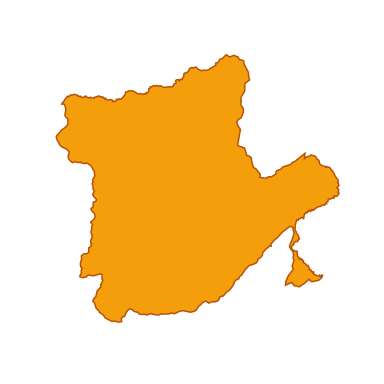 the district of Pensilvania, Caldas, Colombia, rotated 191°
{"feature_id": "7082276B91355004650478", "entity_name": "Pensilvania", "entity_type": "district", "adm_level": 2, "iso_a3": "COL", "parent_name": "Colombia", "parent_adm1": "Caldas", "projection": "albers", "projection_center": [-75.149, 5.404], "detail": "fine", "context": "isolated", "style": "filled", "palette": "amber", "viewbox_px": 384, "rotation_deg": 191, "n_neighbors": 0, "source": "geoboundaries", "source_scale": "gbopen_adm2", "svg_char_len": 5935}
<svg xmlns="http://www.w3.org/2000/svg" viewBox="0 0 384 384"><g transform="rotate(191 192 192)"><path d="M48.0,135.3L48.6,135.3L49.5,133.4L50.8,134.8L51.4,133.6L52.6,133.4L54.0,134.1L57.0,134.6L57.9,135.4L57.1,136.2L57.2,136.7L59.6,136.7L60.4,138.2L61.4,137.9L62.2,138.6L62.2,139.8L63.1,140.3L64.0,142.0L65.4,141.8L67.3,143.5L69.3,144.0L69.4,145.8L70.6,145.7L70.7,146.7L72.0,146.7L72.6,147.6L73.3,146.7L74.4,146.8L74.5,148.1L75.6,148.6L76.8,150.8L77.6,154.0L79.4,153.3L80.4,154.2L81.5,153.7L83.4,155.5L83.7,157.0L83.7,157.9L82.1,159.7L82.5,160.8L81.1,163.0L78.9,163.5L78.5,165.2L77.5,166.6L78.5,167.3L78.8,168.9L81.8,172.0L82.0,172.8L83.4,173.8L84.4,178.9L83.9,184.8L82.3,184.6L81.9,186.2L80.7,186.5L79.8,187.9L78.5,188.0L77.8,187.1L77.3,187.2L77.5,190.9L77.1,192.1L76.3,192.5L76.5,193.3L76.1,193.9L75.1,193.6L74.7,193.9L75.1,194.5L74.3,195.7L73.9,196.0L73.4,195.6L73.2,196.5L71.7,195.7L70.8,197.8L70.1,197.0L69.1,197.5L68.1,199.0L65.5,201.4L62.7,202.7L61.1,204.5L59.4,204.2L58.8,205.8L57.6,206.2L58.2,206.9L57.8,207.8L56.9,208.3L56.7,211.0L54.8,211.5L53.4,212.7L51.7,212.8L51.3,214.0L51.7,215.2L49.2,215.4L48.4,216.2L47.5,218.8L48.1,219.0L48.0,219.7L48.6,220.3L48.3,221.7L48.6,222.5L49.4,223.4L50.7,223.8L49.0,226.4L49.6,227.8L50.7,228.8L50.2,229.7L50.8,230.3L50.7,230.9L51.3,232.3L52.8,233.1L55.7,236.4L56.0,237.4L58.1,239.0L58.0,239.7L59.2,240.1L60.8,241.8L62.2,242.6L63.9,242.0L64.7,242.8L65.6,242.0L66.1,242.4L69.4,242.7L72.0,243.9L73.1,246.6L74.3,247.8L75.6,248.1L77.6,250.6L82.5,251.1L82.9,250.1L86.6,248.0L88.1,246.1L88.5,251.5L97.2,241.2L99.0,240.3L100.2,238.1L107.6,233.9L109.3,231.1L112.7,229.3L113.2,228.1L113.3,225.4L115.1,223.7L117.4,221.9L119.6,221.7L122.0,219.8L124.1,219.3L128.3,219.4L128.1,221.7L128.8,222.8L133.7,227.0L136.5,227.9L140.0,235.3L140.0,236.7L142.6,238.2L145.1,238.3L148.9,245.3L155.3,246.1L156.2,247.3L156.4,262.2L157.4,263.9L159.1,265.2L161.6,269.3L160.5,271.6L158.0,274.1L156.9,278.8L156.9,281.2L157.7,283.8L161.0,287.3L161.0,291.1L161.8,292.5L161.8,294.7L159.5,301.1L160.8,308.6L156.8,313.0L158.2,315.7L159.5,320.2L165.3,327.5L166.2,330.3L167.2,330.9L170.5,331.0L173.0,333.5L175.3,333.7L176.6,334.3L180.5,331.9L181.9,332.0L183.6,333.2L184.9,333.0L187.3,329.2L190.2,327.3L190.9,324.4L193.4,323.0L192.9,320.7L195.8,318.5L196.2,317.5L197.7,317.1L198.4,315.6L201.7,313.9L202.9,314.1L205.8,312.9L209.2,313.6L210.7,314.5L211.2,315.3L212.7,315.2L214.2,314.0L215.8,314.2L217.2,313.5L218.2,312.1L218.1,310.8L218.9,309.2L219.6,308.8L219.9,308.0L222.0,307.3L222.5,306.6L222.2,303.2L223.0,302.2L223.0,300.6L225.0,300.4L225.4,298.8L226.7,299.8L228.8,299.0L229.4,297.7L228.5,296.7L228.6,295.8L230.1,294.7L230.8,293.2L230.7,292.2L231.3,291.4L233.4,291.2L239.9,289.3L243.7,290.4L245.2,289.2L246.7,289.9L249.0,289.0L250.1,289.2L251.5,287.7L252.9,287.3L253.2,285.9L254.1,285.1L253.7,283.7L254.3,281.1L256.0,280.8L255.9,279.4L257.4,279.4L258.8,278.4L261.3,279.0L263.1,277.8L268.7,279.8L270.9,279.9L273.6,279.1L274.7,278.0L276.1,277.6L276.3,274.7L279.2,269.7L280.9,269.7L281.7,268.7L282.6,268.9L283.1,268.3L283.9,268.6L284.0,267.2L285.0,266.0L285.9,266.3L287.2,265.7L287.5,267.0L289.4,267.2L292.1,266.3L293.7,266.6L294.8,266.3L294.9,267.6L296.5,267.3L297.6,268.3L298.2,267.7L299.0,268.2L300.1,267.7L300.5,268.3L302.1,268.5L304.8,266.6L305.6,266.6L306.1,265.6L307.7,265.2L309.7,265.7L310.2,265.0L311.6,264.7L314.0,265.3L314.3,265.9L314.9,265.9L316.3,264.1L319.2,264.2L319.7,264.8L322.0,264.1L322.4,265.1L326.3,265.5L327.1,264.8L329.8,264.0L331.3,262.0L332.6,262.2L334.7,258.0L335.1,256.4L336.3,255.0L336.5,253.4L334.9,253.9L333.8,253.4L331.5,249.3L331.5,243.3L330.4,241.7L327.8,239.9L326.7,235.0L328.5,231.5L332.2,227.6L333.9,223.9L335.5,221.7L335.8,219.9L333.9,216.6L332.6,215.8L331.6,213.8L329.7,212.2L327.1,211.0L323.3,210.2L320.7,208.3L319.9,206.8L320.6,204.1L319.6,201.1L316.1,198.4L314.4,198.1L312.5,199.6L311.1,199.2L308.2,199.4L306.9,200.2L306.6,199.6L303.4,199.3L302.4,199.5L301.7,200.3L300.3,200.2L296.3,198.6L291.5,193.1L291.3,191.3L290.4,189.7L291.6,185.7L291.7,184.2L291.0,182.8L291.6,181.0L290.1,178.6L289.9,176.3L288.1,174.3L289.0,170.6L287.9,169.0L284.2,166.4L284.8,164.1L286.9,163.1L286.3,158.3L288.0,156.5L287.1,154.6L283.6,152.1L282.3,149.8L282.9,146.9L284.6,144.3L285.3,144.1L285.7,143.0L283.4,140.9L283.8,138.5L283.3,135.5L283.6,133.3L281.7,129.9L281.4,127.1L282.1,126.0L281.9,123.2L280.7,121.9L281.2,120.8L280.6,119.5L282.8,117.4L281.9,113.5L282.8,111.9L283.8,111.1L286.2,110.8L288.4,108.3L287.6,105.2L288.0,101.0L287.5,98.8L286.7,97.2L285.3,96.0L285.8,93.9L285.1,91.3L286.0,88.6L285.9,87.4L283.1,87.0L279.4,88.5L278.6,90.3L276.8,90.8L272.9,90.9L265.9,94.2L264.5,93.9L263.9,89.6L262.6,88.4L263.2,86.7L263.0,85.9L264.1,83.9L263.3,81.5L266.2,76.9L266.4,71.5L267.0,69.8L268.2,68.5L268.5,65.8L266.9,65.0L263.8,59.5L260.6,57.4L260.0,56.2L255.8,54.5L253.3,51.9L245.9,49.7L243.2,50.5L239.9,50.2L236.3,51.2L237.1,53.7L236.8,55.4L234.2,57.4L233.9,60.1L232.6,63.5L230.6,65.4L229.0,65.4L226.7,64.0L223.7,63.5L222.5,63.7L220.6,62.2L218.1,62.1L215.1,63.0L213.1,62.6L208.5,65.0L207.6,64.5L201.8,64.7L199.0,66.3L191.1,68.0L189.1,69.4L186.1,69.1L181.1,72.7L178.1,73.8L170.6,73.7L167.6,75.0L165.3,76.7L163.8,80.9L161.0,84.4L160.8,85.4L158.2,87.2L157.2,87.5L154.3,86.1L150.8,88.5L148.7,88.4L146.0,90.1L145.0,91.6L144.7,94.4L141.4,96.0L138.9,100.3L136.0,103.5L133.8,108.3L132.6,113.5L129.5,115.7L129.3,117.8L127.3,120.2L124.6,126.8L123.1,128.6L122.1,130.7L118.1,132.7L115.4,134.7L114.6,136.3L114.5,138.3L111.4,141.9L110.8,143.7L111.0,146.0L108.0,150.9L106.6,152.0L105.8,153.9L104.0,153.8L104.5,156.0L101.8,160.8L99.8,163.0L95.5,170.0L89.3,177.0L85.8,176.5L85.9,175.0L84.0,171.2L84.2,167.1L86.0,157.4L84.7,155.4L81.5,152.5L80.2,149.6L80.2,146.6L78.8,144.5L79.6,138.7L79.4,137.7L78.0,136.4L78.1,135.1L81.6,127.9L82.8,121.8L82.5,118.3L76.7,122.3L73.6,119.4L71.0,119.7L68.7,119.3L63.7,124.3L60.4,128.7L58.8,127.3L57.1,126.8L50.8,129.5L48.1,133.0L48.0,135.3Z" fill="#f59e0b" stroke="#b45309" stroke-width="1.5"/></g></svg>